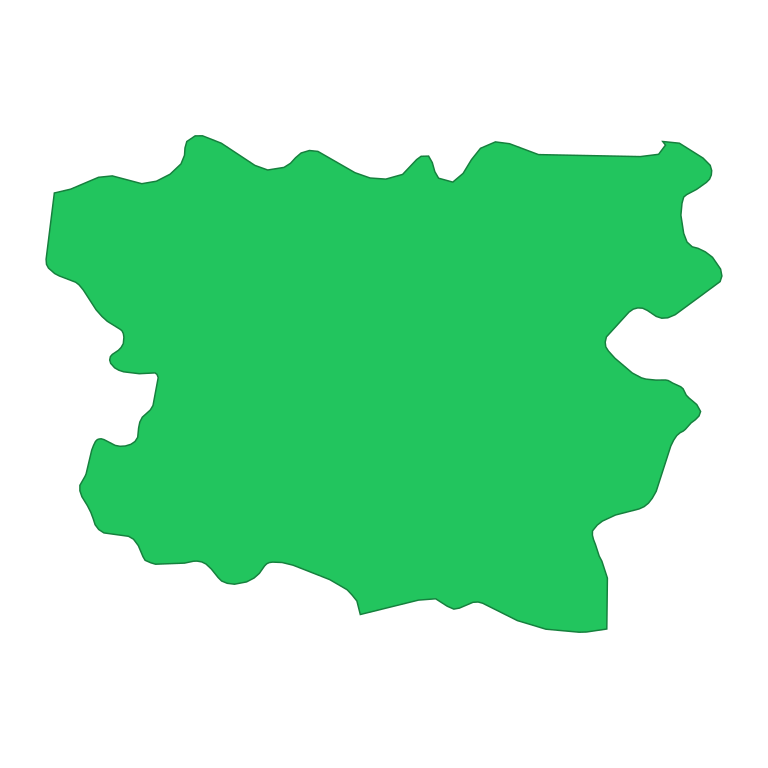 the Province of Lori
{"feature_id": "ARM-1674", "entity_name": "Lori", "entity_type": "Province", "adm_level": 1, "iso_a3": "ARM", "parent_name": "Armenia", "parent_adm1": "", "projection": "natural_earth1", "projection_center": [44.445, 40.946], "detail": "fine", "context": "isolated", "style": "filled", "palette": "green", "viewbox_px": 768, "rotation_deg": 0, "n_neighbors": 0, "source": "natural_earth", "source_scale": "10m", "svg_char_len": 2778}
<svg xmlns="http://www.w3.org/2000/svg" viewBox="0 0 768 768"><path d="M640.3,156.6L658.6,154.3L665.5,145.1L662.7,141.5L662.8,141.5L679.4,143.2L703.1,158.1L710.2,165.3L711.7,170.6L711.3,175.0L709.6,179.1L706.4,182.4L696.7,189.3L686.7,194.6L683.7,197.1L682.0,203.3L680.9,215.2L683.7,233.4L687.0,242.0L692.2,246.8L698.0,248.3L705.4,251.9L712.5,257.3L720.6,269.1L721.9,276.0L720.1,281.6L675.2,314.7L667.8,317.8L661.7,318.2L656.2,316.4L647.3,310.4L642.6,308.2L637.8,307.9L633.3,309.1L629.0,312.1L606.4,336.9L605.2,342.2L605.8,346.9L608.4,351.0L615.0,358.3L632.3,373.0L641.3,377.8L645.9,379.1L656.0,380.1L665.6,380.0L668.1,380.5L670.4,381.7L672.5,383.0L680.8,386.8L683.1,388.8L686.2,395.1L688.8,397.8L696.8,404.6L700.6,411.5L699.0,416.0L695.4,419.7L691.1,422.9L685.4,429.3L683.2,431.1L680.1,432.7L676.8,435.5L673.7,440.1L670.8,446.0L656.2,491.3L652.3,498.2L648.5,503.1L644.2,506.6L639.2,508.9L615.5,515.0L602.4,521.1L597.2,525.1L592.5,530.9L592.4,535.1L593.5,539.5L595.5,544.7L599.2,556.1L601.9,561.2L607.4,578.1L606.8,629.0L586.5,632.0L579.1,632.2L545.9,629.2L517.4,620.6L482.6,603.2L478.1,602.0L473.0,602.3L459.4,608.1L453.8,609.1L447.2,606.2L435.7,598.8L418.5,600.1L360.3,614.5L356.9,601.0L351.9,594.8L347.2,589.8L329.7,579.6L293.1,565.2L282.1,562.5L272.6,562.1L269.2,562.6L266.7,563.8L264.6,565.9L259.4,573.3L254.1,578.0L246.6,581.9L234.5,584.2L227.2,583.3L221.6,581.0L218.1,577.5L211.3,569.0L206.0,564.0L201.7,561.9L197.0,561.1L193.6,561.2L184.6,563.1L155.5,564.2L150.8,562.8L145.1,560.3L143.0,556.7L138.3,545.6L133.5,539.2L128.5,536.3L103.9,532.9L98.7,529.5L95.1,524.7L93.3,519.0L90.8,512.3L87.5,505.8L81.9,496.7L79.9,490.8L79.9,485.3L85.1,476.2L86.1,473.9L91.7,450.2L93.5,445.5L95.5,441.4L96.3,440.6L97.3,439.6L99.1,439.0L101.2,438.8L104.0,439.6L115.2,445.4L120.0,446.3L125.3,446.0L130.9,444.3L135.0,441.5L137.7,437.3L138.6,428.0L139.8,422.1L142.3,417.2L150.3,410.0L153.0,405.5L158.2,377.6L157.0,374.4L155.0,372.9L139.2,373.7L123.6,371.8L118.8,370.2L114.6,367.8L110.7,363.4L109.7,360.0L110.4,356.6L112.3,354.4L118.4,350.3L121.1,347.5L123.3,343.6L123.9,337.2L123.3,333.5L121.9,330.7L120.0,329.2L107.4,321.4L102.0,316.5L96.1,309.8L83.3,290.0L79.0,284.8L75.6,282.2L59.4,276.0L54.6,273.5L48.5,268.1L46.5,264.4L46.1,259.3L54.2,194.2L54.3,193.0L54.6,192.9L70.5,189.2L98.5,177.3L112.3,175.9L141.8,183.7L156.4,181.2L170.1,174.2L181.0,163.9L184.5,155.3L185.0,147.9L186.8,141.5L195.1,135.9L202.5,135.8L221.3,143.2L254.9,165.4L267.7,170.0L284.0,167.4L290.5,163.3L295.5,157.8L301.1,153.0L309.4,150.5L317.9,151.4L355.0,172.7L370.1,178.0L385.8,179.1L402.6,174.4L416.6,159.6L421.1,156.3L428.6,156.1L432.3,162.6L434.8,171.6L438.6,178.2L452.8,182.1L463.1,173.4L471.5,159.6L480.5,148.3L495.4,141.9L509.5,143.7L538.5,154.6L640.3,156.6Z" fill="#22c55e" stroke="#15803d" stroke-width="1.5"/></svg>